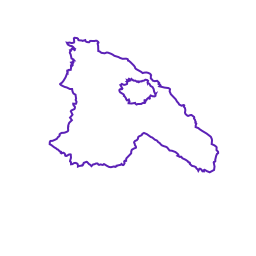 the district of Antsirabe II, Vakinankaratra, Madagascar, rotated 120°
{"feature_id": "10022922B65379850816186", "entity_name": "Antsirabe II", "entity_type": "district", "adm_level": 2, "iso_a3": "MDG", "parent_name": "Madagascar", "parent_adm1": "Vakinankaratra", "projection": "natural_earth1", "projection_center": [47.084, -19.841], "detail": "fine", "context": "isolated", "style": "outline", "palette": "violet", "viewbox_px": 256, "rotation_deg": 120, "n_neighbors": 0, "source": "geoboundaries", "source_scale": "gbopen_adm2", "svg_char_len": 5825}
<svg xmlns="http://www.w3.org/2000/svg" viewBox="0 0 256 256"><g transform="rotate(120 128 128)"><path d="M73.3,209.0L75.3,210.9L75.3,211.7L76.6,214.4L76.6,215.0L75.7,215.9L75.6,217.1L76.6,219.4L77.4,219.7L80.4,217.6L81.1,217.6L82.6,219.2L83.2,221.3L84.5,222.9L84.7,223.5L85.8,221.9L85.8,219.4L85.1,217.4L85.3,215.9L85.8,214.7L86.0,213.5L86.3,213.6L87.1,213.1L87.3,213.2L87.1,214.0L86.9,214.4L87.1,215.0L86.9,215.8L87.1,216.2L87.8,216.4L88.8,216.1L89.6,217.0L90.2,216.1L90.8,216.3L91.6,216.2L92.2,215.7L92.9,214.5L96.0,211.7L95.9,209.4L96.3,208.9L96.5,208.2L97.2,209.0L97.7,209.1L98.6,208.0L99.2,208.1L99.4,208.5L99.5,209.8L99.7,210.0L100.7,207.9L101.6,208.4L101.7,207.4L102.5,207.6L102.8,208.4L104.3,207.4L106.3,206.7L107.4,208.5L107.9,208.3L108.7,209.3L109.6,208.8L109.9,208.1L110.9,208.1L111.2,207.6L111.5,208.0L115.3,207.4L119.7,207.5L121.9,207.9L123.6,208.8L124.0,208.7L124.3,207.6L124.3,206.3L124.1,203.4L123.5,201.3L123.3,197.9L122.2,195.9L123.5,194.9L124.9,193.3L125.4,192.3L125.4,190.1L128.6,187.6L129.5,187.5L130.0,187.2L131.0,185.7L132.0,185.3L133.1,185.2L134.3,187.6L135.1,187.1L135.7,186.1L136.0,184.8L136.8,184.2L137.7,183.9L138.4,183.9L141.1,185.8L142.1,185.9L144.2,182.7L148.0,183.4L149.3,180.5L152.8,181.5L154.4,181.3L156.4,180.8L156.7,180.3L157.8,180.1L159.8,178.7L160.5,178.5L161.3,178.7L163.2,180.1L164.1,181.0L165.4,183.0L166.7,183.8L167.7,184.1L168.4,183.5L168.9,183.4L170.0,183.6L170.9,184.1L172.9,184.2L174.5,185.2L176.9,187.0L178.0,188.7L179.3,188.7L181.2,187.7L181.1,185.8L181.6,182.3L181.6,179.9L181.9,178.9L181.7,177.8L182.3,175.7L182.1,174.1L182.5,173.7L182.9,174.1L183.1,174.0L183.3,173.0L181.8,171.8L181.7,170.5L182.4,169.1L183.3,168.6L183.3,167.9L182.8,167.1L180.6,166.0L179.7,164.9L179.6,164.3L182.3,162.5L185.6,161.7L185.9,161.5L186.1,160.3L187.9,159.2L187.1,158.1L185.2,157.1L184.3,155.7L184.4,155.0L184.2,154.2L184.4,153.6L185.3,152.7L186.4,152.1L185.2,151.2L183.4,148.8L182.7,149.0L182.4,148.6L181.9,148.8L181.3,148.6L180.3,148.9L178.0,147.0L177.9,146.5L178.8,143.5L178.7,142.6L179.0,141.4L179.3,140.6L177.0,140.0L176.1,138.9L174.8,138.0L174.1,137.0L174.0,136.5L174.5,135.3L174.4,134.6L173.3,133.6L172.7,131.6L172.1,131.0L171.3,130.8L171.2,130.4L171.3,127.5L171.2,124.9L170.5,123.2L168.3,120.9L168.1,119.6L166.9,118.8L166.4,119.1L163.4,115.8L162.4,115.7L162.7,114.0L162.4,113.5L161.7,113.3L160.1,113.4L159.2,114.4L158.8,114.6L158.0,114.4L157.9,113.8L157.4,113.2L155.7,114.1L155.0,114.2L148.4,112.6L146.6,113.5L144.9,113.8L142.8,112.6L141.2,111.3L140.9,111.3L140.1,111.9L139.3,113.5L138.4,114.2L138.0,114.9L137.3,115.6L136.7,115.6L135.6,115.4L134.2,114.3L132.5,114.0L130.8,114.6L130.0,114.4L127.4,112.6L125.8,112.6L124.3,111.7L123.9,108.6L124.4,103.7L124.1,102.2L124.7,98.9L124.4,96.9L124.6,96.0L125.1,95.0L125.2,93.0L125.8,91.4L126.1,90.0L125.8,87.8L125.3,85.8L125.3,84.3L126.7,80.8L125.7,78.5L125.1,74.9L125.6,71.9L126.0,71.0L126.4,70.6L126.8,71.1L127.3,71.3L127.1,68.5L126.3,67.8L126.4,67.1L127.0,65.8L126.7,62.3L126.9,59.6L127.3,59.1L127.1,57.2L127.5,56.7L128.0,56.8L128.2,56.5L128.8,53.7L128.1,51.4L128.0,49.7L128.8,48.5L129.0,46.9L129.9,45.7L127.5,45.7L127.3,45.4L127.1,44.7L127.3,44.1L127.7,42.9L127.9,42.7L127.7,42.3L128.2,41.7L127.6,40.6L126.7,41.3L125.9,40.8L125.9,37.9L125.5,35.1L121.3,32.5L118.1,33.8L114.9,36.6L114.4,36.6L113.7,35.9L113.0,35.8L111.8,36.6L108.1,37.7L106.0,38.0L104.9,37.4L104.6,37.4L103.5,38.2L102.9,40.3L100.4,41.6L100.1,42.2L99.8,44.4L100.1,47.5L96.6,49.1L95.5,50.1L94.2,51.9L93.5,57.1L93.4,62.8L93.2,65.7L92.9,66.9L93.4,69.9L91.8,70.7L90.1,71.0L89.8,72.3L88.9,72.3L88.4,73.2L87.5,74.0L86.8,75.6L85.9,75.8L85.4,76.3L85.0,79.5L85.7,80.5L87.5,82.0L87.6,82.7L87.2,85.0L86.3,86.3L83.8,87.3L82.3,88.6L81.6,90.3L80.3,90.6L80.2,91.1L80.5,91.6L81.9,92.7L82.1,95.3L81.2,96.9L80.6,98.8L79.3,101.0L77.3,107.8L75.8,109.8L75.4,110.3L73.4,111.0L73.2,111.7L73.2,113.0L74.7,116.5L76.2,121.6L74.8,121.2L74.7,121.4L75.2,121.8L74.6,122.4L74.7,123.5L74.2,123.7L73.7,123.2L73.4,123.4L73.3,123.8L73.6,124.0L72.8,125.0L72.8,125.9L72.6,126.4L74.1,128.3L74.6,130.1L73.9,131.8L73.7,133.0L71.2,134.4L70.7,134.4L70.2,135.3L70.0,136.3L70.2,138.2L70.7,139.8L71.9,141.6L73.1,142.8L72.8,144.7L72.9,150.4L72.6,151.6L71.8,152.4L71.0,154.1L69.8,158.6L69.4,160.7L69.6,161.7L68.6,162.5L68.6,163.1L68.9,164.3L70.8,167.3L71.3,169.9L71.3,171.7L72.3,175.9L72.1,177.9L72.2,179.8L72.7,182.8L73.2,184.1L75.0,185.6L76.2,188.6L75.9,190.9L76.2,192.2L71.7,195.0L70.1,196.5L69.7,196.6L69.2,196.2L68.7,196.3L68.3,197.0L68.1,198.6L68.4,199.4L69.5,200.6L71.5,204.3L73.1,204.5L73.6,205.3L74.1,206.7L74.1,207.9L73.9,208.5L73.3,209.0ZM86.3,120.3L87.3,120.7L87.8,121.7L88.2,122.5L88.5,124.7L90.5,124.7L91.4,123.9L91.7,123.9L91.9,124.1L91.6,125.4L93.4,126.0L95.1,126.0L95.4,126.4L95.4,127.1L95.9,127.1L95.6,127.2L95.8,127.5L96.5,127.1L96.9,126.0L97.8,125.9L98.2,126.3L98.6,127.3L99.4,128.0L100.5,128.5L102.4,131.6L103.4,132.3L103.3,133.6L102.7,134.4L105.0,137.1L106.3,139.9L105.6,140.2L104.2,140.0L102.9,141.5L104.4,142.3L104.6,142.7L104.0,144.0L103.4,144.4L102.2,146.9L102.3,147.6L101.5,147.9L101.1,148.7L101.0,152.6L100.6,153.4L99.9,154.2L99.2,154.5L98.5,154.3L98.0,153.9L97.7,153.0L97.3,152.6L96.6,152.6L94.7,155.9L94.4,155.5L93.8,155.7L92.9,155.4L92.8,153.5L92.5,152.8L91.7,151.9L90.4,150.9L89.5,151.2L88.6,151.7L88.5,152.2L87.7,151.5L87.8,151.8L87.2,152.5L87.2,151.7L87.0,151.4L86.0,151.4L85.9,151.9L84.9,151.8L84.9,151.5L85.1,151.3L85.0,151.0L85.3,150.7L85.3,149.8L84.7,149.5L83.9,149.5L84.1,148.9L83.9,148.2L84.0,147.8L84.2,147.7L84.1,146.6L83.3,145.3L83.5,143.3L82.8,143.0L82.6,142.6L82.9,142.4L82.7,142.0L83.0,141.9L83.0,141.6L81.7,141.0L80.8,139.4L80.1,139.3L79.1,137.9L77.5,137.1L76.9,135.4L77.1,134.2L78.7,133.9L79.4,133.2L79.1,133.2L79.0,131.7L80.3,129.5L80.3,127.2L81.5,125.2L83.3,123.7L85.2,121.1L84.6,121.1L84.4,121.0L85.4,120.9L86.3,120.3Z" fill="none" stroke="#5b21b6" stroke-width="2"/></g></svg>